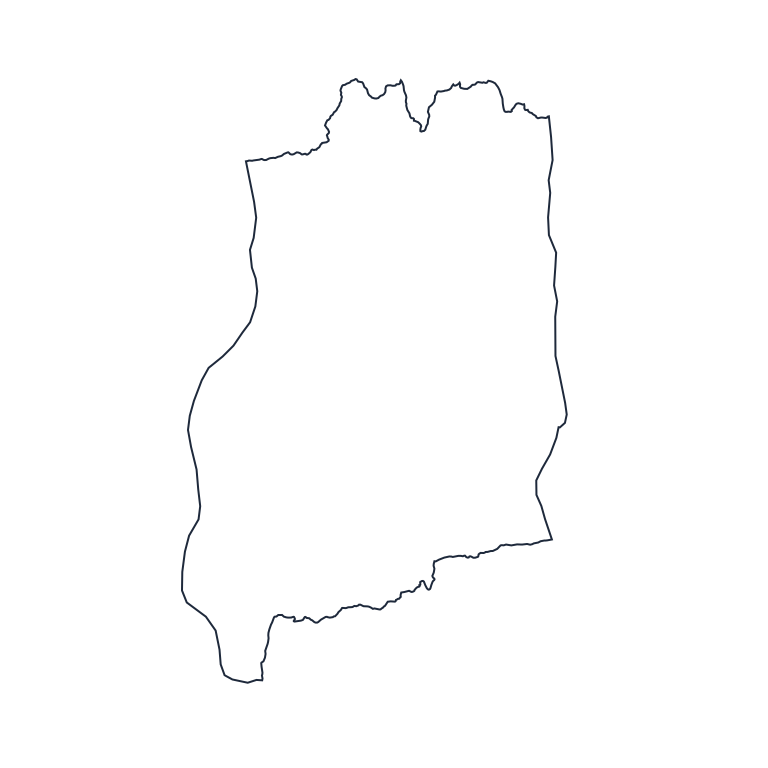 outline of Adobha, Semenawi Keyih Bahri, Eritrea, rotated 8°
{"feature_id": "51966322B26139601177216", "entity_name": "Adobha", "entity_type": "district", "adm_level": 2, "iso_a3": "ERI", "parent_name": "Eritrea", "parent_adm1": "Semenawi Keyih Bahri", "projection": "albers", "projection_center": [38.096, 17.204], "detail": "fine", "context": "isolated", "style": "outline", "palette": "slate", "viewbox_px": 768, "rotation_deg": 8, "n_neighbors": 0, "source": "geoboundaries", "source_scale": "gbopen_adm2", "svg_char_len": 6039}
<svg xmlns="http://www.w3.org/2000/svg" viewBox="0 0 768 768"><g transform="rotate(8 384 384)"><path d="M510.0,96.0L508.8,96.5L508.3,97.6L506.9,98.1L503.9,98.1L502.3,98.3L499.5,99.4L497.8,98.7L497.1,97.5L493.7,96.0L492.7,95.1L490.4,94.8L488.9,93.8L488.2,92.5L486.4,93.0L485.5,92.8L484.6,91.4L484.4,89.2L483.8,87.5L482.3,88.0L480.4,87.5L477.9,87.3L476.2,88.1L475.3,89.5L474.2,92.1L473.4,93.1L472.2,95.0L472.6,95.9L471.7,96.9L468.9,97.0L468.1,97.4L466.6,97.6L465.5,97.2L464.5,95.5L463.7,93.4L462.6,89.8L461.6,85.1L460.9,83.5L459.2,80.5L457.5,76.9L455.6,74.2L452.2,70.8L449.6,69.8L447.6,69.4L445.1,69.2L443.9,71.3L443.0,71.7L440.5,71.4L439.5,72.0L435.2,71.9L434.0,72.6L432.7,74.6L431.4,75.2L430.3,75.3L429.3,76.1L428.5,77.5L425.4,80.2L422.2,80.5L418.9,80.1L418.0,79.2L417.7,78.2L417.7,76.6L416.9,75.1L416.1,76.4L414.2,78.0L412.9,78.7L411.9,78.6L410.9,77.7L409.7,79.9L409.3,81.5L407.8,83.3L405.5,84.5L403.3,85.1L402.7,85.5L399.6,86.5L397.3,86.6L396.2,86.9L395.2,90.3L394.4,91.4L394.7,93.3L394.5,97.5L392.6,100.8L390.0,103.7L389.6,108.4L391.3,111.2L391.6,112.8L391.1,114.7L390.9,115.9L391.1,120.3L390.3,122.1L389.9,123.8L389.5,126.4L388.3,127.9L387.1,128.2L386.0,128.8L384.9,128.6L384.6,127.4L384.6,125.3L385.0,123.8L384.6,122.6L383.2,121.3L381.4,120.0L377.7,119.1L377.0,119.1L376.8,117.4L376.1,116.8L374.1,116.9L373.4,116.4L372.6,115.3L371.5,112.4L369.0,109.4L367.3,105.3L367.2,103.2L366.5,102.0L366.2,100.5L366.3,97.2L365.6,95.1L363.5,91.7L362.9,90.3L361.9,86.3L361.2,84.8L359.7,82.2L358.4,80.9L358.0,82.2L358.1,84.0L357.1,85.0L354.6,85.5L353.9,86.8L353.1,87.1L351.2,87.5L348.7,87.3L346.0,87.8L344.6,89.0L344.3,91.2L344.7,93.0L344.6,94.9L343.7,96.9L342.4,98.2L340.8,98.9L339.6,100.1L338.6,101.6L336.6,102.4L334.8,102.5L332.2,102.1L331.0,101.1L329.1,100.1L327.7,98.3L326.2,94.7L324.8,93.5L323.3,92.7L321.5,89.3L320.4,88.2L316.3,88.1L314.5,86.1L313.3,86.0L312.3,87.0L309.3,88.5L308.5,89.9L307.6,90.6L305.1,91.9L304.0,93.0L301.6,93.9L301.0,94.8L300.1,98.5L300.1,99.6L301.2,101.5L301.1,103.7L302.1,105.0L302.4,105.8L302.0,107.6L302.2,109.8L301.1,112.4L301.0,114.3L299.5,117.4L298.9,119.3L297.6,121.1L296.7,121.8L295.7,124.5L294.1,125.9L293.7,126.7L293.6,128.3L292.3,130.2L291.2,130.7L290.3,133.1L289.6,136.2L292.2,139.0L293.0,139.5L294.5,142.0L294.4,143.2L293.0,145.0L292.8,145.6L293.6,147.2L293.9,148.1L295.3,149.8L295.3,150.9L293.5,152.6L289.2,153.9L288.9,154.7L288.1,155.4L287.0,158.5L285.0,160.3L284.5,161.4L283.3,161.5L282.1,162.1L280.4,161.8L279.6,162.4L278.8,164.7L276.9,166.9L275.8,167.6L275.0,167.5L274.5,167.0L273.7,167.0L271.4,168.0L270.6,168.1L268.6,167.0L266.6,166.7L265.3,166.8L262.6,169.0L261.3,169.5L260.2,169.6L259.1,169.4L258.1,168.6L257.1,167.9L256.3,168.1L252.9,170.1L251.2,172.0L250.1,172.7L247.3,173.8L244.8,175.4L243.1,175.4L239.9,176.2L238.5,176.9L236.1,178.6L234.3,178.9L233.5,178.8L232.0,178.2L231.3,178.2L229.3,179.2L223.6,180.8L222.3,181.3L219.2,181.5L217.9,182.2L216.3,182.7L230.0,221.7L234.3,237.1L234.6,257.5L232.6,269.8L237.0,287.2L242.3,297.5L245.6,309.8L245.8,325.1L242.8,341.5L236.7,352.7L229.6,367.0L220.4,379.2L208.1,392.4L203.0,405.7L198.1,427.2L196.1,442.5L196.3,456.8L201.7,473.2L210.3,494.8L214.7,514.2L219.0,530.6L219.2,543.9L212.1,561.3L210.2,577.7L210.4,598.1L212.7,616.6L219.1,627.8L240.0,639.2L251.6,651.6L258.1,670.0L261.3,684.4L266.7,694.6L275.0,697.7L290.6,698.8L298.9,694.8L304.6,694.4L304.7,692.6L303.7,689.6L303.9,688.3L303.8,686.7L302.1,681.0L301.3,677.6L301.4,677.0L303.2,675.4L304.2,671.6L304.3,667.8L303.5,664.8L304.9,657.7L305.1,655.7L305.1,651.9L304.4,649.0L304.2,646.5L304.6,643.0L305.6,638.0L306.4,635.7L307.5,630.7L308.0,629.7L309.9,629.2L311.4,627.5L315.2,626.9L317.2,628.3L319.7,628.7L321.4,628.7L324.6,628.2L326.1,627.4L326.9,627.1L327.3,627.2L328.3,628.6L328.5,629.2L327.6,631.2L327.7,631.5L328.5,631.7L334.6,629.9L335.8,629.3L336.6,628.8L337.7,626.3L338.0,625.8L338.5,625.6L339.1,625.8L339.8,626.4L342.6,626.4L344.3,627.6L345.8,628.0L348.2,629.5L349.5,629.8L350.3,629.7L351.0,629.6L352.0,628.9L354.4,626.1L358.6,622.8L359.9,622.5L360.4,622.7L362.8,622.9L365.8,622.0L366.5,621.2L367.9,620.8L369.9,618.0L370.6,616.3L372.7,613.8L373.5,612.0L373.7,611.6L374.1,611.5L377.2,611.3L378.2,610.9L379.6,610.1L383.4,609.4L384.2,609.0L385.5,607.9L387.5,607.9L389.5,606.8L390.0,606.0L391.3,605.8L394.6,606.9L398.9,606.5L400.1,606.6L401.9,607.1L404.3,608.2L405.7,607.6L410.8,607.9L411.9,607.7L412.9,606.6L414.3,605.4L414.7,604.5L415.9,603.5L418.0,599.1L420.9,598.3L425.1,598.0L425.7,597.5L425.9,596.2L426.6,595.8L427.6,594.9L428.9,594.5L429.3,593.8L429.4,593.4L430.2,592.5L429.8,590.7L430.1,588.1L433.0,587.2L437.6,585.3L440.0,586.1L441.0,585.9L442.2,585.2L442.8,584.6L442.9,583.8L443.8,582.3L444.8,581.0L445.9,580.2L447.0,579.8L447.3,579.5L447.4,579.2L447.0,578.3L447.7,578.0L447.9,577.6L447.4,575.2L447.6,574.8L447.9,574.7L449.0,573.8L450.0,573.6L451.0,574.1L452.9,577.5L454.8,580.2L455.7,581.0L456.5,581.4L457.1,581.4L458.1,580.6L458.4,579.7L458.9,576.2L459.6,573.2L460.0,572.3L461.0,571.1L461.2,570.4L460.9,569.7L459.6,568.9L459.1,568.3L458.6,567.3L459.5,563.9L459.6,561.2L459.6,559.8L458.4,557.1L458.3,555.2L458.6,552.5L459.9,552.5L462.9,550.3L467.9,547.5L472.7,545.7L474.5,545.5L476.2,545.7L481.7,543.8L484.2,543.5L486.1,543.6L487.2,542.9L488.0,542.7L488.3,542.8L489.0,543.5L489.7,544.0L491.0,544.3L492.0,544.0L492.6,542.9L493.3,542.6L494.5,542.8L496.6,543.6L498.3,543.4L501.0,542.1L501.3,541.7L501.4,539.6L502.0,538.8L503.2,537.8L506.2,537.5L507.3,536.9L508.0,536.2L509.9,535.9L512.8,534.6L515.0,534.2L519.1,531.5L521.9,527.6L523.1,527.2L525.0,527.1L527.2,526.0L532.6,526.1L538.1,524.3L543.0,523.8L548.0,522.5L551.1,522.8L553.1,522.0L554.5,521.0L558.8,519.5L561.0,517.9L564.5,516.7L565.9,516.5L567.5,516.1L571.9,514.6L562.2,495.2L556.8,482.9L550.4,472.6L548.2,458.3L552.2,446.0L558.3,430.7L562.2,413.3L562.9,402.5L564.2,402.5L568.6,397.3L569.2,388.8L566.0,377.5L555.2,346.8L549.9,332.4L544.2,293.5L544.0,278.1L538.7,262.8L537.4,244.3L536.2,230.0L526.6,213.6L523.3,196.2L522.0,171.6L518.7,159.3L519.8,138.8L515.1,116.3L510.0,96.0Z" fill="none" stroke="#1e293b" stroke-width="2"/></g></svg>